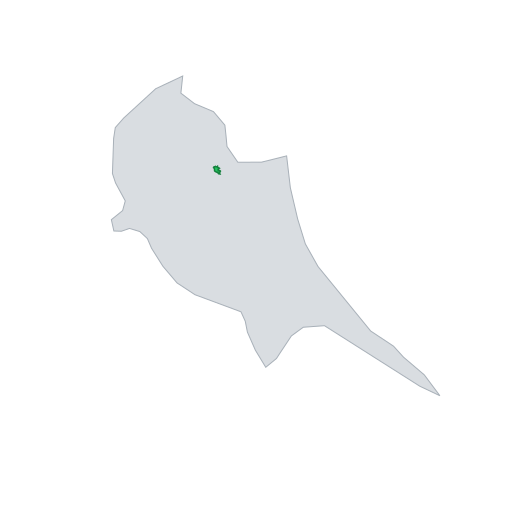 location of Katydata, Nicosia, Cyprus, rotated 70°
{"feature_id": "46923920B11980221307495", "entity_name": "Katydata", "entity_type": "district", "adm_level": 2, "iso_a3": "CYP", "parent_name": "Cyprus", "parent_adm1": "Nicosia", "projection": "equal_earth", "projection_center": [32.882, 35.084], "detail": "fine", "context": "in_parent", "style": "filled", "palette": "green", "viewbox_px": 512, "rotation_deg": 70, "n_neighbors": 0, "source": "geoboundaries", "source_scale": "gbopen_adm2", "svg_char_len": 1593}
<svg xmlns="http://www.w3.org/2000/svg" viewBox="0 0 512 512"><g transform="rotate(70 256 256)"><path d="M359.3,271.8L363.9,284.9L344.3,288.8L324.6,290.1L313.6,288.4L303.3,289.2L271.5,326.6L254.3,339.4L233.8,347.0L213.0,351.5L202.5,352.1L193.3,356.8L186.8,365.5L186.7,374.0L183.9,381.0L172.4,379.5L167.7,365.8L159.5,360.0L139.3,363.0L129.4,362.7L96.9,349.6L87.2,344.3L81.1,333.1L64.5,293.0L61.8,263.3L77.3,270.9L91.8,261.7L105.8,246.6L122.4,240.5L132.9,243.1L143.2,245.8L161.7,241.0L169.7,218.7L172.4,193.0L203.7,200.4L235.5,204.2L261.5,205.5L287.2,201.3L365.7,173.9L387.8,157.6L401.5,152.0L425.3,138.5L450.2,131.0L434.4,146.6L344.9,215.5L339.1,236.0L343.2,250.1L355.9,267.3L359.3,271.8Z" fill="#d9dde1" stroke="#a8b0b8" stroke-width="1"/><path d="M158.6,261.5L158.8,262.0L158.7,262.3L158.7,262.7L158.4,263.2L157.9,263.4L157.9,263.7L158.0,264.0L157.9,264.6L157.9,265.1L158.2,265.6L158.5,265.7L159.0,265.2L159.5,265.3L159.9,265.3L160.2,265.3L160.6,265.4L161.4,265.7L161.9,265.8L162.2,265.6L162.5,265.5L162.8,265.2L163.1,265.0L163.3,264.8L163.5,264.4L164.0,264.1L164.2,263.9L164.1,263.5L164.3,263.3L164.8,263.1L165.0,263.1L165.4,263.2L165.8,263.1L166.1,262.8L166.2,262.5L166.4,262.2L166.6,261.8L165.8,261.9L165.7,261.9L164.7,261.1L164.1,260.4L163.9,260.5L163.6,260.6L163.5,261.0L163.3,261.0L163.1,261.1L163.1,261.4L163.1,261.7L162.9,261.7L162.7,261.8L162.5,262.0L162.3,262.3L162.1,262.3L161.9,262.2L161.7,262.0L161.6,261.8L161.4,261.6L161.4,261.4L161.2,261.1L161.1,260.9L161.0,260.4L160.4,260.8L160.0,261.5L159.6,261.7L158.6,261.5Z" fill="#22c55e" stroke="#15803d" stroke-width="1.5"/></g></svg>